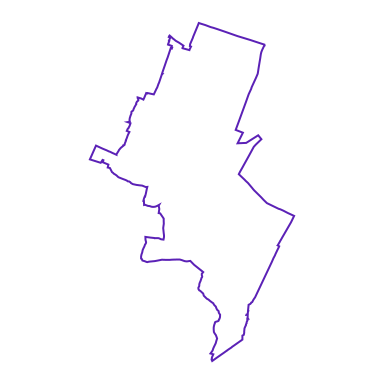 outline of Tochtepec, Puebla, Mexico
{"feature_id": "50627088B29443207316447", "entity_name": "Tochtepec", "entity_type": "district", "adm_level": 2, "iso_a3": "MEX", "parent_name": "Mexico", "parent_adm1": "Puebla", "projection": "orthographic", "projection_center": [-97.831, 18.819], "detail": "fine", "context": "isolated", "style": "outline", "palette": "violet", "viewbox_px": 384, "rotation_deg": 0, "n_neighbors": 0, "source": "geoboundaries", "source_scale": "gbopen_adm2", "svg_char_len": 5870}
<svg xmlns="http://www.w3.org/2000/svg" viewBox="0 0 384 384"><path d="M169.6,35.5L169.4,35.7L168.8,37.0L169.6,37.3L170.3,37.6L168.9,40.7L169.3,40.9L168.5,43.3L168.3,43.4L168.0,44.6L171.8,45.9L171.5,47.2L172.2,47.5L171.8,48.6L170.7,48.2L168.0,56.4L167.6,57.6L166.7,59.9L164.7,65.8L163.9,68.1L162.9,71.0L161.9,74.1L162.3,74.1L161.7,74.8L161.3,76.0L159.0,82.8L158.5,83.8L157.2,87.5L156.3,89.1L155.8,90.2L153.8,94.4L147.3,93.0L147.1,93.0L146.8,93.1L146.6,93.2L146.6,93.3L146.2,93.1L144.2,97.9L143.4,99.6L141.2,98.5L137.6,97.4L137.6,97.9L138.4,99.9L138.3,100.5L136.9,101.7L136.1,103.4L136.3,104.1L135.9,104.7L135.6,105.2L135.2,105.9L134.9,106.4L134.7,106.7L134.6,106.9L134.4,107.3L134.3,107.5L134.1,108.0L133.9,108.4L133.7,108.8L133.5,109.3L133.4,109.8L133.2,110.3L132.7,110.9L132.6,111.0L131.9,111.3L131.7,111.5L131.4,111.9L131.4,112.2L131.4,112.7L131.4,113.1L131.4,113.5L130.6,115.5L130.4,116.0L130.3,116.5L130.1,117.0L130.0,117.3L129.9,117.6L129.7,118.6L129.6,119.0L129.6,119.6L129.5,120.0L129.6,120.4L129.7,121.0L129.8,121.4L128.6,121.9L128.2,122.0L127.6,122.1L130.1,123.0L130.5,123.2L130.4,123.6L130.2,124.2L130.1,124.5L129.9,124.9L129.8,125.3L129.6,125.9L129.4,126.3L128.9,127.2L128.8,127.4L128.7,127.7L128.6,127.9L128.5,128.1L128.4,128.3L128.1,128.4L127.9,128.6L127.8,128.8L127.6,129.1L127.4,129.4L127.4,129.6L127.3,129.8L127.2,130.1L127.1,130.4L126.9,130.7L126.8,130.9L129.4,132.0L128.1,134.5L127.5,136.0L127.0,137.5L126.5,138.8L125.8,140.3L126.0,140.6L124.8,143.5L124.6,144.7L123.6,145.2L123.8,145.4L121.0,147.7L120.5,148.2L119.0,150.0L118.3,151.4L117.6,152.4L117.1,153.3L116.5,154.2L116.5,154.8L113.9,153.6L113.4,153.4L112.5,153.0L111.5,152.5L110.5,152.0L109.6,151.6L109.1,151.5L106.6,150.3L102.7,148.7L96.0,145.6L89.9,159.4L100.7,162.8L102.6,159.9L103.4,160.2L102.9,162.3L108.4,164.6L107.7,167.5L109.9,168.0L111.1,170.3L112.0,172.1L113.1,172.9L113.8,173.7L115.2,174.5L116.5,175.4L118.4,177.2L122.6,178.9L125.3,179.9L126.9,180.6L127.7,181.3L129.2,181.5L130.4,182.3L130.9,183.0L132.8,184.1L136.4,184.9L139.4,185.3L142.2,185.6L145.9,187.1L146.4,187.0L147.3,186.9L146.8,189.0L146.5,190.4L145.8,193.8L145.1,196.5L144.8,196.4L144.0,198.4L143.4,200.8L143.9,200.8L144.1,205.0L145.1,204.8L147.9,205.9L148.9,206.0L149.7,206.1L151.4,206.7L153.0,206.9L154.5,206.8L155.5,206.6L157.4,205.8L159.2,204.8L158.6,205.9L158.9,206.7L159.3,209.0L158.7,213.1L160.2,213.4L163.7,218.6L163.7,221.1L163.8,223.8L163.5,225.8L163.2,228.1L163.4,230.0L163.7,233.0L164.0,235.3L164.0,236.9L163.8,238.1L163.5,239.6L161.9,239.4L160.8,239.2L160.1,238.8L159.0,238.3L158.0,238.1L156.5,238.1L154.5,238.2L154.3,238.0L150.5,237.6L145.4,236.9L145.5,239.8L146.1,242.2L145.8,243.5L145.0,244.6L144.4,246.4L143.5,248.2L142.7,250.0L142.2,252.5L141.5,254.4L141.1,256.3L141.1,257.6L141.1,258.6L141.8,259.0L142.4,260.5L144.7,261.2L146.7,262.0L147.5,262.1L148.4,261.8L149.6,261.6L154.8,261.1L157.5,260.6L162.0,259.7L163.7,259.8L167.0,259.9L169.3,259.9L171.8,259.7L174.2,259.6L175.3,259.6L176.7,259.5L179.7,259.5L181.8,260.1L184.0,260.9L185.0,261.2L186.9,261.4L190.3,260.9L194.1,264.8L203.2,272.1L201.8,273.8L201.8,275.2L202.2,276.3L202.1,277.1L201.5,277.9L201.2,279.0L200.5,281.1L199.8,282.6L199.3,284.2L199.3,285.3L199.1,286.4L198.4,287.6L198.4,288.9L199.2,290.3L200.3,290.9L203.2,293.6L203.8,295.7L205.4,297.3L206.8,298.7L207.7,299.2L208.4,299.5L209.5,300.5L210.1,301.0L212.1,302.5L213.3,303.3L213.8,304.4L214.5,305.3L215.8,306.6L216.5,308.6L217.4,310.1L218.4,310.8L218.7,311.5L218.7,312.3L218.9,312.9L219.4,313.7L220.1,314.7L220.0,317.1L219.7,318.2L219.3,319.2L219.2,319.4L218.9,319.5L218.6,320.7L218.1,321.1L217.2,321.4L216.3,321.6L215.6,321.9L215.2,322.2L215.0,322.3L214.9,322.6L214.9,323.0L214.8,323.5L214.4,324.3L213.9,326.3L213.7,327.6L213.7,329.5L213.9,332.0L214.7,333.5L215.8,335.0L216.4,336.5L217.1,338.5L216.4,340.7L215.7,343.3L214.0,346.8L213.2,348.6L212.6,350.5L211.1,352.7L210.5,353.5L213.3,354.3L211.9,357.5L211.9,359.0L211.6,359.2L211.6,359.7L212.2,361.0L216.5,357.9L221.8,354.2L223.4,353.1L228.4,349.5L231.7,347.3L232.1,346.8L233.2,346.1L242.4,339.6L242.4,338.1L242.4,335.6L243.8,334.8L244.2,332.8L244.2,331.2L244.3,330.4L244.5,328.3L245.4,326.2L245.9,325.4L245.9,324.6L246.4,323.5L246.6,323.3L246.6,322.2L247.4,320.6L247.3,320.4L247.5,320.0L247.3,320.0L247.3,319.9L247.3,318.9L247.6,319.0L247.7,318.6L248.0,318.6L247.7,318.2L247.7,317.7L247.7,314.8L246.4,314.9L246.5,314.6L247.5,314.5L247.6,313.8L247.8,313.8L247.8,313.3L248.0,311.5L248.2,311.3L248.3,310.9L248.0,310.8L248.6,304.8L250.3,303.9L250.9,303.3L251.2,302.6L252.2,302.1L253.5,299.6L255.1,297.3L271.8,262.0L273.5,258.1L274.9,255.5L275.5,254.0L277.3,250.2L278.1,248.6L278.8,247.2L279.2,246.3L277.7,245.4L277.8,245.3L278.2,244.5L278.4,244.2L279.0,243.1L279.7,242.0L279.9,241.5L280.3,240.8L280.4,240.7L280.8,240.0L281.6,238.6L282.5,237.0L284.2,234.1L284.6,233.4L290.6,223.0L290.8,222.7L291.8,220.7L294.1,215.9L287.8,213.0L283.4,210.7L280.3,209.3L278.6,208.8L266.9,203.1L263.6,199.9L261.2,197.3L254.2,190.4L252.8,188.8L252.7,188.6L248.0,183.0L245.5,180.7L244.9,180.0L238.8,174.2L240.0,171.8L242.5,167.4L243.7,165.2L248.8,156.0L253.8,146.8L255.7,144.7L261.4,139.2L258.2,135.3L246.2,142.9L237.6,143.3L242.9,132.7L235.7,129.9L239.0,121.0L241.0,115.5L242.9,110.3L245.9,102.1L248.7,94.2L251.3,88.6L251.5,87.6L256.0,77.8L257.7,73.8L258.1,71.4L258.5,68.7L259.4,63.2L260.2,58.5L260.8,54.4L261.3,52.2L262.1,50.1L263.0,48.2L264.0,46.1L264.6,45.6L264.4,44.6L260.0,43.2L250.3,40.0L237.5,36.1L227.2,32.5L225.5,31.9L217.6,29.2L213.3,27.8L210.7,27.1L205.4,25.1L200.9,23.7L198.8,23.0L197.9,25.3L193.1,36.9L192.9,37.7L190.1,44.2L189.9,46.2L190.4,46.4L191.0,46.6L189.5,49.7L189.4,50.1L182.5,48.2L182.4,48.1L183.0,46.7L183.5,45.7L180.4,43.6L178.9,42.6L175.9,40.9L175.4,40.5L174.9,40.1L174.4,39.7L174.0,39.3L173.3,38.9L173.1,38.6L172.7,38.4L172.5,38.2L172.2,37.8L171.5,37.2L171.1,36.8L169.9,35.8L169.6,35.5Z" fill="none" stroke="#5b21b6" stroke-width="2"/></svg>